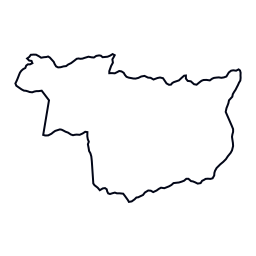 Matão, São Paulo, Brazil
{"feature_id": "56859067B9094864548247", "entity_name": "Matão", "entity_type": "district", "adm_level": 2, "iso_a3": "BRA", "parent_name": "Brazil", "parent_adm1": "São Paulo", "projection": "robinson", "projection_center": [-48.44, -21.618], "detail": "fine", "context": "isolated", "style": "outline", "palette": "ink", "viewbox_px": 256, "rotation_deg": 0, "n_neighbors": 0, "source": "geoboundaries", "source_scale": "gbopen_adm2", "svg_char_len": 2835}
<svg xmlns="http://www.w3.org/2000/svg" viewBox="0 0 256 256"><path d="M240.6,72.7L240.0,70.5L238.6,69.4L236.1,70.7L233.3,70.3L231.1,70.7L228.8,72.5L226.4,76.5L223.9,77.4L221.4,77.8L218.8,77.4L216.3,77.6L214.0,77.9L212.3,78.6L209.8,80.4L206.5,79.9L203.5,80.0L201.5,80.8L199.5,82.3L196.6,84.7L194.0,84.2L190.8,81.3L187.7,80.9L185.9,78.6L185.9,75.5L184.1,75.7L181.8,77.7L178.9,80.4L173.9,82.1L172.3,83.0L171.0,84.6L169.0,84.8L166.5,83.4L165.3,81.6L163.0,78.2L160.0,77.5L157.5,78.0L153.5,79.5L150.6,77.8L148.0,77.6L144.5,75.9L141.2,76.5L138.4,77.9L135.5,78.6L133.3,78.5L131.3,78.1L128.6,77.6L126.5,76.8L124.9,74.9L123.7,72.8L121.5,71.4L119.2,71.0L117.4,72.0L114.8,73.3L111.7,73.1L109.3,73.2L109.3,71.1L110.3,68.3L111.1,66.0L112.9,62.7L112.4,59.3L113.7,57.1L114.7,55.2L112.6,54.1L110.0,55.7L107.6,56.7L104.7,57.0L102.6,57.2L100.9,55.7L99.1,55.4L96.3,55.9L93.9,57.5L91.5,57.3L88.5,56.7L84.5,57.9L82.5,58.6L80.4,58.8L78.5,58.5L76.7,58.8L74.3,60.7L71.1,63.1L68.2,64.5L66.1,66.1L63.5,66.4L60.7,67.2L58.1,67.4L56.1,66.4L54.7,64.1L53.7,61.8L51.6,59.5L49.9,57.6L48.1,56.5L46.4,57.0L44.0,57.2L41.1,57.7L39.0,56.3L36.1,54.7L33.6,54.6L30.8,54.8L29.3,56.9L27.1,58.5L29.2,60.6L31.5,60.9L32.4,63.2L30.1,64.3L27.9,64.3L26.2,65.6L25.3,68.0L23.2,69.1L21.4,70.7L20.0,72.6L19.0,75.0L18.2,77.1L17.2,79.6L16.3,81.6L15.4,83.4L16.3,85.7L18.7,87.4L21.6,89.4L23.9,90.6L26.0,90.8L28.0,91.4L29.6,92.0L32.2,92.3L34.5,91.5L36.6,91.1L38.7,91.1L41.7,90.7L49.0,100.3L48.6,102.6L43.2,134.9L45.2,135.5L48.2,135.4L51.5,133.7L53.2,132.3L55.2,130.9L59.9,129.4L61.6,129.7L63.3,130.5L65.5,131.7L68.0,132.6L70.9,134.5L73.0,135.2L74.8,134.8L76.7,134.6L79.7,134.8L82.6,133.5L85.2,131.8L87.4,132.1L87.3,136.2L87.8,139.3L88.8,141.7L87.9,144.3L88.6,147.9L89.1,151.0L90.4,153.3L91.3,156.4L91.8,160.9L93.3,183.5L94.5,185.2L97.7,187.7L99.8,190.2L102.8,188.4L105.0,188.1L106.7,189.3L107.2,191.4L108.2,193.4L110.0,194.0L112.6,193.2L114.9,192.6L116.8,193.3L119.5,193.3L123.2,193.7L125.1,196.2L127.9,200.1L128.9,201.9L131.7,201.4L134.5,199.4L136.4,197.5L138.2,197.3L140.2,196.3L143.0,195.0L144.9,192.5L148.2,190.5L150.8,190.7L153.2,192.1L156.6,190.5L158.8,188.9L161.0,187.7L164.3,188.2L168.9,186.4L171.4,185.0L173.5,183.1L176.0,182.8L178.9,182.5L181.8,181.6L184.1,180.7L186.3,178.8L188.4,178.8L191.0,181.1L192.9,181.4L195.3,182.4L197.7,183.6L200.6,183.1L202.1,180.8L203.8,180.0L205.6,178.9L207.8,178.7L210.5,178.9L212.6,178.3L214.2,175.5L214.4,172.9L215.0,170.9L216.6,168.0L218.8,165.8L220.3,164.3L223.2,161.9L225.9,159.2L227.8,156.3L230.6,152.9L232.0,150.4L233.1,146.0L232.9,142.9L232.3,139.0L232.0,136.8L232.4,134.4L233.1,131.9L233.1,129.1L231.8,125.9L225.7,111.9L226.5,108.1L227.4,105.9L228.4,103.2L229.0,100.3L232.3,96.7L232.8,94.2L234.0,92.1L235.6,89.7L236.9,87.1L238.0,85.0L239.0,82.7L240.3,80.6L240.6,77.9L240.5,75.3L240.6,72.7Z" fill="none" stroke="#020617" stroke-width="2"/></svg>